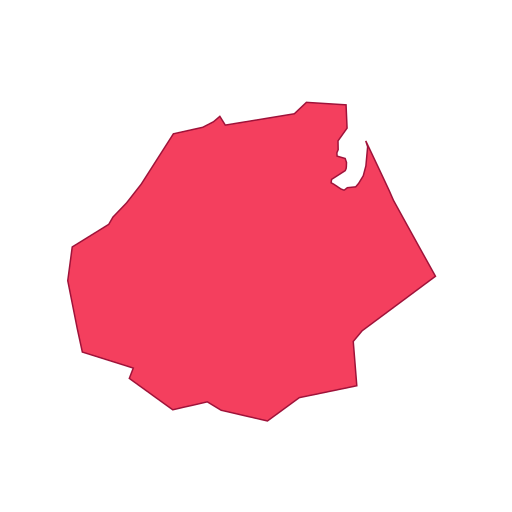 the district of San Miguel Tulancingo, Oaxaca, Mexico, rotated 291°
{"feature_id": "50627088B24354653382818", "entity_name": "San Miguel Tulancingo", "entity_type": "district", "adm_level": 2, "iso_a3": "MEX", "parent_name": "Mexico", "parent_adm1": "Oaxaca", "projection": "mercator", "projection_center": [-97.436, 17.752], "detail": "fine", "context": "isolated", "style": "filled", "palette": "rose", "viewbox_px": 512, "rotation_deg": 291, "n_neighbors": 0, "source": "geoboundaries", "source_scale": "gbopen_adm2", "svg_char_len": 989}
<svg xmlns="http://www.w3.org/2000/svg" viewBox="0 0 512 512"><g transform="rotate(291 256 256)"><path d="M429.4,285.9L426.0,275.1L417.5,248.0L402.5,240.8L367.2,180.4L373.4,172.2L366.1,168.2L357.1,160.2L340.5,135.1L281.9,123.1L259.1,116.1L241.1,108.5L232.8,107.2L198.6,81.2L165.5,89.1L161.7,91.5L124.4,115.0L104.1,128.3L107.4,181.6L96.3,181.6L85.7,221.6L82.6,233.4L86.6,239.3L88.8,242.5L93.8,250.1L102.4,262.8L99.5,278.8L103.0,303.8L103.5,307.4L104.0,310.5L104.3,313.1L106.1,325.8L139.3,347.2L171.0,396.6L211.1,377.4L224.3,381.9L301.4,430.8L324.6,403.1L338.4,386.7L357.2,364.4L364.8,356.9L375.0,346.3L384.1,336.8L402.8,317.2L398.2,320.9L397.9,321.1L379.5,326.3L369.3,327.4L360.6,325.8L356.3,324.3L352.5,316.8L349.3,314.9L349.0,314.5L349.0,311.3L350.9,302.8L351.3,299.9L354.6,299.1L367.7,308.7L369.9,308.8L371.6,308.4L375.7,307.0L379.0,304.3L378.3,295.9L381.3,294.5L384.7,294.6L388.4,293.1L392.9,291.3L408.0,295.2L429.4,285.9Z" fill="#f43f5e" stroke="#9f1239" stroke-width="1.5"/></g></svg>